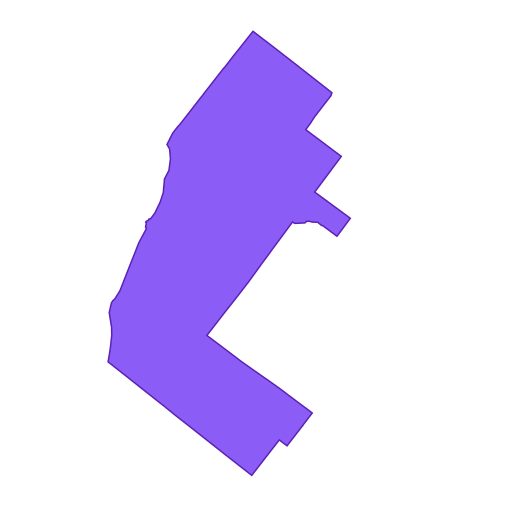 outline of Cook, Illinois, United States of America, rotated 218°
{"feature_id": "52423323B18311449553443", "entity_name": "Cook", "entity_type": "district", "adm_level": 2, "iso_a3": "USA", "parent_name": "United States of America", "parent_adm1": "Illinois", "projection": "mercator", "projection_center": [-87.813, 41.812], "detail": "fine", "context": "isolated", "style": "filled", "palette": "violet", "viewbox_px": 512, "rotation_deg": 218, "n_neighbors": 0, "source": "geoboundaries", "source_scale": "gbopen_adm2", "svg_char_len": 1786}
<svg xmlns="http://www.w3.org/2000/svg" viewBox="0 0 512 512"><g transform="rotate(218 256 256)"><path d="M115.0,166.9L118.6,166.9L134.9,166.5L136.2,166.5L145.0,166.3L148.9,166.3L154.3,166.2L166.1,165.7L188.7,164.5L203.5,163.8L206.5,163.8L226.7,163.5L238.4,163.3L245.8,163.1L245.9,190.0L245.9,195.2L245.8,207.8L245.9,230.7L246.7,253.0L247.0,264.5L247.1,267.1L247.3,272.0L247.3,272.5L247.4,277.2L248.1,303.5L248.2,305.3L245.6,305.5L237.8,312.2L237.5,314.4L235.6,316.1L232.5,317.4L228.2,320.6L223.0,320.4L222.3,321.0L213.5,321.2L204.4,321.4L204.5,329.2L204.9,343.8L249.1,342.5L249.6,364.8L250.1,387.0L287.2,386.3L294.6,386.2L294.8,393.7L295.5,401.7L295.6,416.5L295.6,428.5L296.7,431.4L330.6,431.5L347.6,431.5L347.9,431.5L376.9,431.4L377.0,431.4L384.4,431.3L396.7,431.2L396.8,421.1L396.9,404.4L397.0,400.9L396.9,385.8L397.1,383.7L397.1,373.6L397.1,367.2L397.1,353.5L397.0,348.4L397.1,347.1L397.0,326.4L397.0,318.1L397.0,312.5L397.3,309.6L397.3,301.6L394.8,289.1L390.1,287.2L383.3,280.0L377.3,269.8L375.7,261.2L375.6,260.5L375.6,260.4L373.2,256.8L371.9,254.8L371.4,253.9L368.1,248.9L364.7,239.4L362.1,227.3L362.0,220.4L363.1,219.3L362.9,217.3L363.4,216.8L363.8,216.1L363.8,215.3L363.6,214.8L363.6,214.7L363.0,214.7L362.9,214.7L361.6,212.3L360.7,210.6L359.5,210.3L359.1,209.2L358.8,207.6L356.5,194.4L354.7,188.3L353.0,182.6L352.4,180.5L349.8,171.6L342.8,148.1L341.9,145.0L340.8,135.3L341.3,132.7L341.0,129.9L336.8,121.0L325.9,110.9L320.7,104.5L314.2,93.9L311.1,88.4L307.4,81.5L283.8,81.4L273.4,81.3L258.5,81.2L240.5,81.1L239.7,81.1L236.0,81.1L221.2,80.8L213.7,80.8L206.4,80.8L169.0,80.6L164.4,80.6L157.8,80.5L139.2,80.5L124.3,80.5L124.4,112.4L124.4,125.5L122.4,125.4L114.7,125.5L114.8,152.0L114.9,152.8L114.9,153.8L115.0,166.9Z" fill="#8b5cf6" stroke="#5b21b6" stroke-width="1.5"/></g></svg>